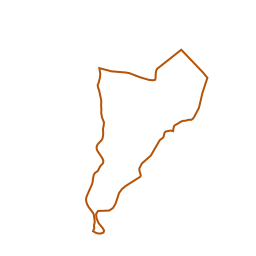 the border of Dedza, rotated 320°
{"feature_id": "MWI-1907", "entity_name": "Dedza", "entity_type": "District", "adm_level": 1, "iso_a3": "MWI", "parent_name": "Malawi", "parent_adm1": "", "projection": "mercator", "projection_center": [34.115, -14.229], "detail": "fine", "context": "isolated", "style": "outline", "palette": "amber", "viewbox_px": 256, "rotation_deg": 320, "n_neighbors": 0, "source": "natural_earth", "source_scale": "10m", "svg_char_len": 1518}
<svg xmlns="http://www.w3.org/2000/svg" viewBox="0 0 256 256"><g transform="rotate(320 128 128)"><path d="M42.1,192.3L39.3,191.4L37.3,189.6L35.9,187.4L34.9,184.6L37.8,183.1L39.2,180.8L40.9,179.7L42.3,178.4L46.0,172.6L46.6,170.8L47.0,163.4L47.5,160.8L48.4,158.3L49.5,156.3L51.0,154.7L53.2,153.4L64.6,147.8L66.5,146.4L68.4,144.4L71.9,141.8L73.9,141.2L76.9,141.5L78.4,141.0L82.4,139.4L83.9,139.2L85.5,139.1L86.8,138.5L88.2,137.0L89.0,134.2L89.8,126.4L90.5,124.0L91.8,122.3L94.2,121.0L100.5,120.2L102.2,119.3L104.2,117.6L106.2,115.4L108.1,112.7L110.6,110.8L113.2,108.3L114.8,103.4L115.9,101.4L117.2,99.2L119.7,96.5L121.8,93.5L124.1,91.1L125.6,89.0L130.1,80.5L130.8,78.4L131.6,76.8L132.4,75.6L134.4,74.6L138.6,71.6L141.6,68.7L144.5,63.7L151.8,74.0L161.9,84.0L164.2,86.7L169.7,96.7L174.9,104.5L177.6,107.3L179.6,108.5L180.3,108.2L181.2,107.5L184.6,103.7L185.7,102.9L186.6,102.2L187.2,101.8L188.4,101.4L219.1,102.3L221.1,133.5L221.1,140.6L207.8,148.8L195.4,158.1L186.0,162.0L183.4,162.6L181.7,162.4L179.8,160.7L177.0,159.5L175.8,158.7L174.9,158.0L173.7,157.5L172.3,157.1L169.8,156.8L165.9,156.1L165.0,156.1L164.3,156.3L162.5,157.6L160.5,159.4L159.1,157.4L154.5,154.9L153.0,155.1L151.8,156.0L150.6,156.9L149.3,157.8L148.0,158.0L145.4,157.7L144.1,157.9L127.8,163.8L115.8,164.1L110.6,166.3L109.3,168.1L107.4,172.4L106.1,173.2L88.8,170.9L84.0,170.9L79.5,172.0L69.9,177.9L65.2,179.6L60.6,179.2L51.7,172.3L48.2,173.4L45.7,177.3L44.3,182.2L44.3,188.1L43.8,191.1L42.1,192.3Z" fill="none" stroke="#b45309" stroke-width="2"/></g></svg>